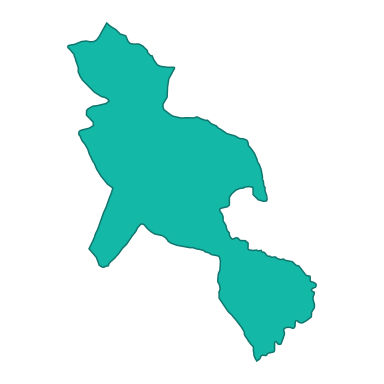 the district of Jalpatagua, Jutiapa, Guatemala
{"feature_id": "79465075B35053973506085", "entity_name": "Jalpatagua", "entity_type": "district", "adm_level": 2, "iso_a3": "GTM", "parent_name": "Guatemala", "parent_adm1": "Jutiapa", "projection": "orthographic", "projection_center": [-89.986, 14.11], "detail": "fine", "context": "isolated", "style": "filled", "palette": "teal", "viewbox_px": 384, "rotation_deg": 0, "n_neighbors": 0, "source": "geoboundaries", "source_scale": "gbopen_adm2", "svg_char_len": 4473}
<svg xmlns="http://www.w3.org/2000/svg" viewBox="0 0 384 384"><path d="M207.5,120.2L206.2,120.5L201.4,119.0L197.1,116.9L193.4,118.0L186.4,117.7L181.5,118.1L173.3,116.3L170.4,114.7L164.1,109.8L163.0,107.2L163.0,105.4L163.0,104.1L167.1,97.2L167.6,86.5L168.8,78.9L173.6,70.0L174.2,69.1L174.5,68.4L174.4,67.5L173.6,67.3L167.6,67.3L161.0,66.4L157.4,65.0L154.0,60.2L152.1,55.8L150.5,55.6L149.5,54.6L147.8,52.7L147.2,50.4L142.6,45.9L138.9,44.0L132.9,44.1L129.9,43.3L128.0,41.2L125.7,35.8L120.2,34.0L115.7,29.5L110.7,26.5L106.7,23.0L99.3,36.3L97.2,39.4L95.8,40.5L93.6,41.6L90.4,41.8L85.9,41.0L81.4,41.6L74.7,44.3L69.3,45.3L68.2,45.7L67.9,46.4L67.8,47.1L68.0,47.7L69.0,48.6L70.4,50.1L74.0,54.4L74.5,56.8L75.6,58.7L75.5,59.7L78.3,67.5L78.2,71.8L80.3,76.7L82.5,80.1L84.7,82.3L94.3,92.1L101.5,96.6L104.9,97.4L107.8,99.1L109.0,101.1L106.1,103.5L97.5,105.6L92.7,106.2L88.0,108.9L86.6,110.5L86.4,115.0L93.2,122.2L93.4,125.7L92.2,126.3L89.2,128.2L81.5,130.1L79.7,131.0L78.9,132.2L78.8,134.6L80.0,135.9L81.9,140.4L85.3,144.8L87.9,149.4L89.1,153.4L92.7,161.0L94.3,163.3L96.7,169.2L101.0,176.1L106.2,182.5L107.3,183.9L112.8,188.0L111.6,192.4L109.5,197.6L106.2,207.0L103.5,212.9L97.8,229.1L95.4,234.0L94.5,237.2L93.3,239.8L93.0,240.6L89.0,248.8L96.3,257.3L98.3,262.5L98.7,263.8L99.3,265.3L102.2,267.1L104.3,267.1L105.5,266.3L108.3,265.8L109.0,263.6L110.4,261.9L111.1,261.3L114.6,258.2L116.6,255.8L118.1,254.4L122.3,248.5L126.5,244.3L132.4,235.6L135.7,231.6L137.4,228.0L140.7,224.1L143.1,224.1L144.3,224.9L147.5,228.7L151.3,231.9L154.8,234.0L162.3,235.6L165.3,237.5L167.4,239.8L168.2,241.3L171.1,243.2L177.0,245.3L190.1,247.7L192.5,247.6L196.8,248.9L199.9,249.5L203.5,250.4L205.1,251.8L209.3,253.0L211.2,254.5L218.1,255.9L219.6,257.3L220.4,261.0L220.3,263.9L219.9,270.2L218.4,273.7L217.8,279.3L217.8,281.8L219.3,284.5L220.2,289.0L218.9,292.4L219.1,293.7L219.1,298.2L225.3,307.4L227.7,310.9L229.2,312.7L231.6,314.7L232.1,315.5L235.8,319.8L241.4,327.1L244.2,331.8L244.4,334.3L245.0,335.7L246.1,337.4L247.2,338.7L247.9,339.9L248.3,341.0L249.2,341.9L250.0,343.1L250.7,344.0L251.4,344.8L252.4,345.7L253.3,346.8L253.4,348.4L253.4,350.1L253.4,350.9L253.8,353.2L254.1,355.8L255.3,358.6L256.8,361.0L257.8,360.3L258.8,359.6L259.6,358.9L260.2,358.2L260.5,357.4L260.7,356.5L261.2,355.9L262.4,355.3L263.2,355.2L264.1,355.3L265.2,355.5L266.0,355.5L266.8,354.8L267.1,354.2L267.9,353.4L269.0,352.9L269.8,352.8L270.9,352.6L271.6,352.4L272.8,352.2L273.6,351.9L274.2,351.4L274.5,350.4L274.6,348.6L274.6,343.2L274.7,342.4L275.1,341.7L275.8,341.6L276.7,342.1L277.0,342.7L277.5,343.6L278.3,344.2L279.5,344.4L280.5,344.2L281.1,343.7L281.4,343.0L283.5,337.2L284.4,334.2L284.4,332.8L284.2,331.8L283.9,331.1L283.7,330.5L283.8,329.5L284.4,328.5L285.1,328.1L285.7,327.8L286.5,327.5L287.8,327.3L288.8,327.3L289.7,327.4L290.4,327.5L291.4,327.7L291.9,328.0L292.7,328.3L293.4,328.2L294.0,327.9L294.6,327.1L295.0,326.3L295.1,325.4L295.1,323.9L295.2,322.6L295.3,321.9L295.7,321.0L296.3,320.6L297.3,320.7L297.8,321.2L298.3,321.8L299.1,322.4L300.3,322.7L301.1,322.9L302.0,322.9L303.1,322.6L306.9,320.3L311.1,317.1L311.4,316.4L311.6,312.1L312.1,311.3L313.1,309.8L313.8,308.7L314.2,307.9L314.4,307.3L314.4,306.3L314.5,305.3L314.4,304.6L314.3,303.9L313.3,300.4L313.2,299.6L313.0,298.9L313.1,297.2L313.3,296.1L313.7,295.4L314.0,294.6L314.3,292.2L312.6,291.5L311.8,290.8L311.4,290.1L312.4,288.4L315.5,287.2L316.2,285.4L316.0,284.0L313.8,282.4L310.4,281.4L310.1,276.3L306.1,275.4L298.9,266.0L295.9,265.2L292.4,261.7L284.9,260.2L283.5,259.0L280.5,259.6L277.5,258.6L275.3,256.9L271.5,257.3L270.1,256.3L267.3,256.0L264.5,252.5L261.8,251.8L261.2,250.4L258.1,250.9L256.7,250.1L253.2,250.5L249.0,249.9L248.0,248.9L248.1,243.0L245.9,241.2L245.4,240.7L240.2,240.5L238.3,238.5L237.5,237.8L235.4,237.9L233.0,239.2L231.4,238.5L230.0,236.5L229.3,234.6L229.3,232.9L227.0,230.2L225.9,225.4L223.1,220.8L223.1,216.9L222.2,214.3L219.8,210.9L219.7,209.6L220.4,208.6L221.3,208.2L227.6,206.7L229.4,205.0L229.4,202.9L229.4,197.3L231.7,193.8L235.8,190.2L239.6,188.5L243.8,187.9L245.2,187.0L249.7,186.6L253.0,187.5L253.1,194.6L258.3,199.8L263.7,201.4L266.5,200.9L267.1,199.6L266.6,195.4L265.0,190.9L265.0,187.3L263.9,186.0L263.3,181.0L262.5,179.9L262.4,176.1L261.0,169.1L259.2,164.4L257.6,162.0L257.0,159.4L254.5,153.5L251.4,149.0L248.4,145.5L248.0,142.5L247.6,141.5L247.1,140.6L246.3,140.0L243.5,138.8L239.7,138.5L234.7,135.8L227.0,133.7L221.1,129.6L217.9,127.8L216.3,125.9L211.3,123.8L207.5,120.2Z" fill="#14b8a6" stroke="#0f766e" stroke-width="1.5"/></svg>